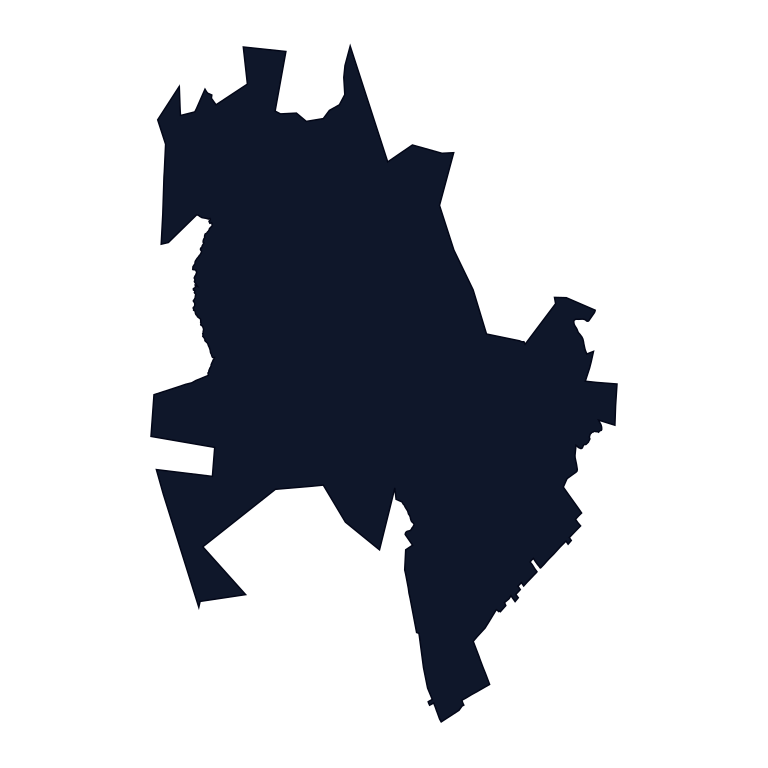 the district of Peñón Blanco, Durango, Mexico
{"feature_id": "50627088B91446374874512", "entity_name": "Peñón Blanco", "entity_type": "district", "adm_level": 2, "iso_a3": "MEX", "parent_name": "Mexico", "parent_adm1": "Durango", "projection": "equal_earth", "projection_center": [-104.068, 24.769], "detail": "fine", "context": "isolated", "style": "filled", "palette": "ink", "viewbox_px": 768, "rotation_deg": 0, "n_neighbors": 0, "source": "geoboundaries", "source_scale": "gbopen_adm2", "svg_char_len": 6117}
<svg xmlns="http://www.w3.org/2000/svg" viewBox="0 0 768 768"><path d="M442.0,153.3L412.4,145.0L387.7,161.9L350.2,46.1L345.0,65.5L343.8,77.4L344.8,94.6L339.4,104.8L329.4,110.4L323.3,118.6L306.3,121.4L296.4,113.1L280.5,113.9L275.1,111.1L285.9,51.5L243.3,47.0L247.4,84.1L216.0,104.8L211.4,98.3L211.8,95.0L207.7,93.2L206.4,91.6L205.0,89.2L196.4,108.8L194.8,111.9L180.5,115.5L180.1,109.3L179.3,86.8L179.1,86.8L179.1,86.7L157.7,119.8L165.6,144.2L164.3,172.0L164.0,176.4L162.8,213.8L161.2,244.2L168.4,242.5L196.8,214.7L198.7,215.5L199.7,216.3L201.9,217.6L206.4,218.4L206.9,218.6L207.4,218.5L208.2,219.1L208.5,218.8L209.0,218.6L210.0,218.4L210.4,219.1L210.3,219.6L210.0,219.8L209.5,220.7L209.1,221.1L209.0,221.4L209.9,223.3L211.3,222.9L211.5,222.7L211.8,223.0L212.2,225.3L212.1,225.9L209.5,228.5L209.4,229.3L208.2,231.4L207.5,231.9L207.0,232.8L206.2,233.5L205.6,233.7L205.1,234.1L204.9,234.9L204.6,235.9L204.6,236.6L204.6,237.0L204.7,237.5L204.2,238.4L203.7,239.1L203.5,239.8L203.2,240.8L203.1,242.0L203.2,242.3L203.4,242.3L203.8,242.5L203.9,242.9L203.3,244.1L202.3,245.5L202.3,245.9L201.9,246.8L201.7,247.7L201.6,248.0L201.4,248.1L200.9,248.0L200.7,248.1L200.5,249.1L200.5,249.7L200.7,250.1L201.4,250.7L201.5,251.1L201.4,252.1L200.9,253.3L200.0,254.9L199.7,255.2L199.4,255.4L198.1,257.3L197.1,258.4L195.3,261.2L195.1,262.0L195.0,262.7L195.2,263.3L193.0,266.6L192.9,267.5L192.9,268.1L192.7,269.4L192.9,269.6L195.5,269.9L195.8,270.1L195.9,270.7L196.5,271.7L196.7,272.6L196.2,273.4L196.5,274.0L195.8,274.7L195.9,275.0L195.7,275.3L195.2,275.7L194.5,277.2L194.3,277.7L194.2,278.0L194.4,278.2L195.0,280.0L194.9,280.5L194.5,281.0L194.4,281.7L197.4,286.2L195.2,285.2L195.5,287.3L194.6,287.9L193.4,288.6L193.4,289.5L193.4,289.9L193.6,290.1L193.9,290.4L194.3,290.5L194.8,290.5L194.8,291.8L194.7,292.2L194.5,292.5L194.4,292.7L195.2,293.7L195.7,294.2L195.7,294.8L195.4,295.7L195.1,298.0L194.3,299.4L194.0,299.9L193.5,300.4L193.3,300.9L193.4,301.2L194.4,302.6L194.8,303.7L194.7,304.9L194.6,306.2L194.1,306.6L194.0,307.1L193.4,307.4L193.2,307.7L193.2,308.2L193.7,309.2L193.6,310.2L194.8,310.9L195.2,311.6L195.4,313.2L195.9,314.5L196.2,314.9L196.9,315.4L197.4,316.6L197.8,317.0L199.0,317.9L200.1,318.6L200.4,319.0L200.7,320.3L200.8,321.3L200.6,322.2L201.0,322.7L201.0,323.5L200.7,324.4L201.0,325.2L202.2,325.8L202.8,326.9L203.3,328.1L203.6,329.9L203.2,331.2L203.2,331.8L203.2,332.7L202.7,333.7L203.1,334.4L202.9,335.0L202.9,335.3L203.1,335.8L202.8,336.4L203.6,337.2L204.3,338.1L204.5,338.9L205.0,339.4L205.1,339.9L204.9,340.5L205.3,340.9L205.3,341.2L205.6,341.5L206.0,341.6L206.3,341.9L206.6,342.4L207.6,343.2L208.5,345.9L208.8,346.3L208.9,346.7L209.4,347.6L209.7,348.8L210.1,349.7L210.5,352.4L211.0,353.7L211.5,354.4L211.7,355.5L212.0,356.2L212.1,356.6L212.5,357.3L213.0,357.6L214.5,357.5L213.8,359.3L212.9,360.3L213.0,360.9L212.3,362.0L211.7,363.3L211.1,364.9L211.2,365.3L211.0,366.2L210.4,367.4L209.8,368.2L209.6,369.0L209.2,369.7L209.2,370.3L208.8,370.9L209.0,371.4L208.4,372.5L208.1,372.7L208.0,373.2L208.4,375.4L195.9,380.5L191.8,382.8L185.7,384.3L176.8,387.3L154.0,394.7L151.0,436.4L214.7,447.4L212.4,476.4L156.4,469.6L163.3,494.1L198.8,607.2L200.1,601.4L245.6,594.6L202.8,546.8L275.4,489.3L310.9,486.3L323.3,485.1L345.4,522.1L377.6,548.3L379.5,549.8L392.0,499.5L394.8,487.9L396.1,499.3L402.0,501.9L403.4,504.3L404.2,505.0L405.3,507.3L407.7,511.1L408.5,514.0L409.4,515.2L410.2,516.8L410.5,518.6L411.2,520.8L412.4,522.4L413.0,522.7L413.6,523.5L414.1,524.4L413.9,525.2L413.3,526.1L412.5,527.7L412.0,527.9L411.5,529.0L410.5,530.4L409.3,530.8L407.6,531.2L406.8,531.5L405.8,532.4L405.4,533.3L405.2,534.5L406.8,536.8L412.6,545.2L405.7,549.8L404.7,569.9L405.7,574.3L408.3,588.0L409.0,593.2L410.1,598.2L416.6,632.5L418.9,633.3L419.3,635.7L423.5,667.7L427.6,688.1L432.3,699.4L428.2,701.7L428.5,702.8L429.6,705.2L431.7,704.1L433.7,702.9L434.2,704.4L435.2,706.8L436.5,710.6L437.1,712.1L439.6,719.0L441.2,721.9L459.0,710.3L462.0,706.1L463.8,705.1L462.9,703.3L461.9,700.3L462.5,699.9L466.0,698.0L471.6,694.6L477.8,691.2L479.5,690.2L489.6,684.4L485.8,674.3L482.9,667.1L479.7,658.6L479.2,657.0L476.3,649.4L473.2,641.3L477.3,636.5L485.2,627.9L486.2,626.2L488.6,622.4L496.3,609.7L497.4,610.4L498.8,611.6L499.5,611.1L499.8,611.2L500.4,611.7L505.8,605.6L504.5,602.6L509.0,598.8L511.0,595.7L512.4,597.8L515.1,601.6L518.3,597.7L515.8,594.4L520.3,589.6L518.0,586.2L521.4,582.6L523.7,586.0L527.0,582.3L532.5,576.6L533.6,575.4L535.9,573.1L537.0,571.8L534.6,568.5L532.4,564.9L530.1,562.0L531.7,560.0L533.4,558.4L535.5,561.7L537.9,565.0L538.1,565.0L540.2,567.9L540.6,567.9L543.9,564.5L546.8,561.2L549.2,558.6L553.6,554.2L560.1,547.0L566.0,541.1L568.1,544.2L571.3,540.5L569.3,537.6L575.9,530.7L580.6,525.9L577.8,522.6L575.5,519.3L578.7,515.8L581.6,513.0L579.2,509.5L575.8,504.7L574.5,502.9L568.7,494.8L563.3,487.1L566.8,479.1L567.5,478.3L576.2,472.0L577.0,471.1L577.3,469.5L576.5,464.4L575.1,457.6L575.0,455.4L576.0,445.3L577.7,446.6L578.0,447.2L579.4,448.0L580.2,448.2L580.9,448.6L581.9,448.3L582.5,447.5L582.9,446.5L583.4,445.4L583.8,444.8L584.4,444.5L585.1,444.6L586.0,444.4L588.4,442.1L588.9,440.9L589.4,440.0L589.9,438.9L589.4,437.6L589.5,436.5L590.2,434.1L591.2,433.2L591.4,432.9L592.1,432.2L593.2,432.0L593.8,431.5L594.4,431.3L595.8,431.6L598.0,431.8L598.6,432.2L599.4,431.1L600.1,430.7L601.3,430.3L601.7,429.5L601.7,428.1L601.6,427.0L601.1,425.1L600.7,424.1L600.1,423.1L598.5,420.1L614.9,425.2L615.6,405.6L617.0,384.0L596.3,382.4L585.3,381.2L589.6,368.0L591.2,361.8L593.5,351.4L586.8,354.0L585.3,350.2L584.8,348.4L583.7,343.2L583.6,342.2L582.9,339.1L581.9,337.0L579.8,334.2L578.6,332.9L578.1,332.1L577.7,331.1L577.0,329.3L576.5,328.3L575.0,326.0L574.3,324.6L574.0,323.6L573.8,322.3L573.8,321.2L573.9,320.7L574.3,320.1L574.7,319.8L575.7,319.3L576.1,319.2L578.4,319.3L582.1,319.1L583.0,319.1L584.1,319.4L585.1,319.7L585.6,320.0L586.4,320.8L587.1,321.2L588.0,321.2L588.4,321.0L588.8,320.7L594.3,312.8L594.6,312.2L594.9,311.5L595.2,310.2L566.3,297.7L554.5,297.4L555.6,303.7L525.1,344.3L523.9,341.7L521.9,341.8L519.5,340.8L486.5,334.0L473.1,289.8L453.9,250.1L439.5,205.4L453.7,152.7L442.0,153.3Z" fill="#0f172a" stroke="#020617" stroke-width="1.5"/></svg>